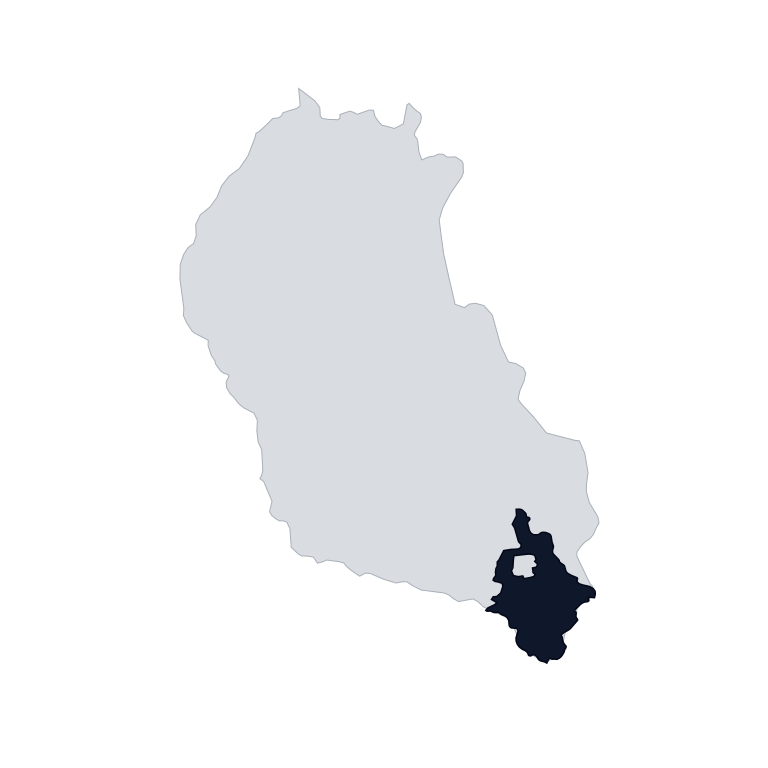 Szabolcs-Szatmár-Bereg highlighted on a map of Hungary, rotated 78°
{"feature_id": "HUN-3169", "entity_name": "Szabolcs-Szatmár-Bereg", "entity_type": "County", "adm_level": 1, "iso_a3": "HUN", "parent_name": "Hungary", "parent_adm1": "", "projection": "albers", "projection_center": [22.06, 48.0], "detail": "fine", "context": "in_parent", "style": "filled", "palette": "ink", "viewbox_px": 768, "rotation_deg": 78, "n_neighbors": 0, "source": "natural_earth", "source_scale": "10m", "svg_char_len": 5231}
<svg xmlns="http://www.w3.org/2000/svg" viewBox="0 0 768 768"><g transform="rotate(78 384 384)"><path d="M624.5,222.3L632.8,221.2L633.2,221.4L635.2,222.0L636.6,228.2L636.8,228.6L638.9,232.7L640.8,238.0L643.8,242.1L650.3,243.8L658.8,248.7L664.4,258.2L672.7,262.0L673.3,262.1L675.0,261.7L681.0,261.3L682.1,263.2L687.0,267.8L688.9,271.8L688.0,276.2L688.9,281.0L690.7,282.7L688.5,286.0L673.1,302.6L667.0,307.0L663.0,307.9L656.6,306.2L650.0,307.5L644.1,311.1L638.7,312.2L634.6,316.4L629.3,325.3L622.8,332.9L616.2,337.6L612.7,341.8L612.3,356.3L608.6,360.5L603.7,364.7L601.0,368.4L593.3,390.4L587.6,397.5L582.1,402.9L581.2,407.8L581.2,413.5L575.0,424.8L566.7,436.5L565.1,441.3L566.9,447.8L559.0,455.3L554.4,458.8L550.7,460.5L548.3,465.2L544.3,476.6L545.3,481.7L545.3,486.4L538.6,489.1L536.6,494.2L534.9,500.6L532.0,503.5L524.5,508.7L505.9,506.1L498.8,507.8L496.6,511.6L496.2,514.6L493.8,517.4L489.5,521.0L485.1,522.5L475.5,517.9L454.5,521.9L450.8,525.1L447.9,522.7L443.5,520.5L422.7,517.3L414.4,519.2L403.4,518.1L393.2,515.4L385.6,517.1L378.5,525.8L375.1,528.7L372.4,530.6L366.6,533.2L361.6,536.4L355.1,538.7L349.4,538.1L344.1,534.0L342.1,534.8L340.3,538.3L337.2,541.2L329.0,544.7L326.9,544.5L326.4,544.5L320.1,547.0L309.8,548.1L304.7,546.8L294.7,558.9L291.8,561.0L282.7,564.4L275.3,566.0L269.1,564.2L266.6,563.9L238.9,561.8L224.6,558.4L215.5,553.0L209.7,547.2L207.0,541.0L200.0,536.9L188.8,535.0L180.3,528.5L174.7,517.4L166.7,508.5L156.4,501.6L148.5,492.2L143.0,480.5L132.4,469.5L116.8,459.3L112.0,456.9L111.3,453.9L104.2,442.1L101.1,437.7L101.8,432.1L100.5,428.8L97.7,426.4L96.8,418.2L96.4,412.2L94.4,408.1L77.2,406.0L92.7,392.7L100.2,389.3L108.4,390.6L111.2,389.5L112.1,387.4L113.8,382.9L114.8,378.5L115.9,374.4L115.1,372.0L111.2,371.0L110.0,360.6L112.3,356.8L114.6,354.3L113.0,341.6L114.0,337.4L120.5,337.2L126.1,334.9L130.6,332.2L132.1,328.5L136.2,320.8L133.6,311.0L115.6,303.4L114.8,300.9L119.3,298.5L124.1,294.9L127.0,292.1L130.6,291.9L135.5,293.8L144.0,301.4L147.3,302.6L150.8,300.8L154.3,300.6L164.2,301.6L172.6,300.5L171.2,292.9L171.6,287.5L170.4,283.1L171.6,278.4L175.2,275.0L176.8,266.7L182.3,261.4L184.8,260.8L193.8,262.4L195.9,264.0L197.2,264.4L210.9,278.9L224.0,290.0L235.0,295.9L251.6,297.3L269.1,298.6L298.7,298.3L320.8,297.9L322.4,295.4L326.0,289.4L323.6,284.0L324.0,277.8L328.1,269.9L339.2,263.7L370.4,261.9L388.4,257.6L391.4,250.8L397.5,244.3L402.9,243.1L410.2,246.4L419.0,252.6L426.7,256.0L431.4,254.1L447.4,244.5L465.8,235.2L478.8,209.0L480.2,204.8L493.7,202.0L513.3,202.9L523.3,206.5L530.9,208.4L542.2,207.9L558.6,202.4L564.7,202.6L569.3,206.7L574.4,210.2L577.9,214.5L580.5,220.5L581.9,222.7L584.2,225.8L588.3,230.1L592.3,231.2L622.6,223.9L624.5,222.3Z" fill="#d9dde1" stroke="#a8b0b8" stroke-width="1"/><path d="M690.8,282.8L689.3,284.5L687.2,288.7L685.7,290.1L682.2,291.4L680.7,292.5L679.8,294.3L679.9,295.4L680.3,296.2L680.5,297.2L679.8,298.7L679.2,299.1L677.3,299.3L675.5,300.1L674.4,301.0L672.2,303.9L669.6,306.2L666.4,307.7L663.0,308.2L659.9,307.7L653.3,304.2L650.6,304.9L649.1,310.1L648.1,311.1L646.9,311.6L645.6,311.7L641.5,311.1L640.4,311.2L638.8,311.8L637.1,312.7L636.1,313.8L634.2,316.8L633.5,317.5L632.0,318.6L631.3,319.4L631.0,320.4L630.7,322.8L630.4,324.0L628.2,327.1L628.0,328.0L627.9,329.0L627.8,329.9L627.7,330.0L627.3,331.0L626.6,331.5L624.6,329.0L622.8,321.4L621.3,319.1L617.1,323.7L614.8,321.4L615.3,317.9L612.7,313.3L606.5,309.8L603.5,309.9L601.3,313.7L600.2,316.5L598.5,318.1L596.7,317.0L595.1,315.0L593.3,314.2L591.4,314.2L587.6,312.8L585.9,311.2L581.5,310.2L580.1,308.2L571.8,301.5L572.2,294.1L573.3,287.0L572.4,284.2L569.6,283.2L566.2,285.2L551.8,286.2L547.8,287.7L540.5,281.8L534.0,280.8L534.6,277.4L535.3,275.8L536.3,274.7L540.1,272.2L540.8,272.1L542.9,272.2L543.8,271.9L544.2,271.1L544.5,270.2L545.1,269.5L546.5,269.4L547.5,270.2L548.2,271.4L549.3,272.3L550.6,272.6L554.8,272.3L554.1,272.3L557.2,272.3L560.2,271.4L562.5,269.2L563.4,265.0L563.1,263.2L562.5,262.2L562.0,261.0L562.2,258.6L562.8,256.8L563.9,255.0L565.1,253.3L566.5,252.4L568.1,252.2L573.8,252.5L577.1,252.0L578.6,252.1L582.0,253.8L583.7,254.1L585.4,253.8L592.1,249.6L593.2,249.3L594.6,249.3L596.3,247.9L597.9,246.3L599.2,245.3L604.8,244.9L606.5,244.3L607.8,243.2L610.3,240.3L613.3,235.9L613.8,235.3L614.8,235.2L616.6,236.1L617.4,236.3L619.8,234.8L621.7,231.7L624.9,224.8L626.8,222.7L627.7,221.8L630.6,220.6L633.6,221.0L636.8,222.6L635.5,226.6L635.5,228.7L637.9,228.5L638.5,228.6L639.2,229.8L639.2,231.1L639.0,232.6L639.1,234.4L640.0,237.1L644.4,243.8L645.0,244.4L645.6,244.6L646.3,244.4L647.0,243.8L647.3,243.6L647.7,243.6L648.1,243.6L649.8,244.3L651.2,244.6L652.6,244.5L654.3,243.6L654.6,243.6L655.0,243.7L655.4,243.8L662.0,252.5L663.2,255.2L664.5,259.4L666.0,262.5L666.5,263.1L667.9,262.4L674.2,262.4L675.9,261.8L677.4,260.8L678.9,260.4L680.3,261.3L680.6,262.0L683.8,263.7L686.5,266.2L687.7,267.7L688.6,269.5L689.3,272.0L688.9,273.4L688.4,274.6L688.2,276.7L686.7,278.6L687.5,280.2L690.8,282.8ZM599.5,277.4L594.8,277.0L594.8,273.0L592.2,271.2L588.9,273.5L587.3,271.8L582.8,272.2L581.2,275.2L580.4,278.0L579.7,284.7L579.0,292.7L584.3,294.4L590.4,296.1L593.3,298.2L598.3,297.2L600.3,292.8L600.6,288.1L603.5,287.5L603.7,282.4L603.5,277.7L601.7,275.7L599.5,277.4Z" fill="#0f172a" stroke="#020617" stroke-width="1.5"/></g></svg>